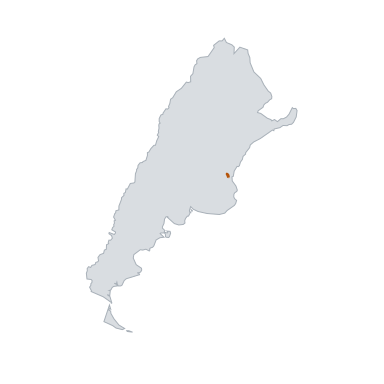 Exaltación de la Cruz, Buenos Aires, Argentina shown in context, rotated 22°
{"feature_id": "61730980B21567181905347", "entity_name": "Exaltación de la Cruz", "entity_type": "district", "adm_level": 2, "iso_a3": "ARG", "parent_name": "Argentina", "parent_adm1": "Buenos Aires", "projection": "equal_earth", "projection_center": [-59.143, -34.313], "detail": "fine", "context": "in_parent", "style": "filled", "palette": "amber", "viewbox_px": 384, "rotation_deg": 22, "n_neighbors": 0, "source": "geoboundaries", "source_scale": "gbopen_adm2", "svg_char_len": 4241}
<svg xmlns="http://www.w3.org/2000/svg" viewBox="0 0 384 384"><g transform="rotate(22 192 192)"><path d="M230.4,122.6L228.4,126.6L228.8,129.3L227.0,135.5L227.5,136.8L226.0,139.8L226.5,143.0L225.7,146.1L226.1,149.9L225.5,151.1L224.2,151.4L223.3,156.8L224.4,162.0L223.4,163.0L225.2,166.7L230.5,170.0L233.3,173.3L233.3,174.7L231.9,176.7L231.7,178.4L232.5,180.8L233.9,182.2L236.5,183.1L236.8,186.4L236.3,188.6L231.5,196.0L230.3,199.3L225.8,202.6L214.0,206.3L204.9,207.8L199.7,207.5L196.2,206.0L196.5,210.1L198.2,211.4L197.4,211.4L198.1,212.2L197.8,215.6L196.7,216.2L195.9,219.0L196.0,221.4L197.1,223.4L196.0,225.4L192.1,227.5L187.5,227.9L178.7,224.7L179.1,224.2L178.6,224.0L177.2,224.6L176.7,227.4L177.8,231.7L177.6,235.3L178.1,236.6L181.3,237.9L181.1,239.4L182.2,239.6L184.4,239.2L184.6,238.0L183.4,237.6L186.4,236.7L187.6,238.2L187.8,242.0L187.3,243.0L185.0,243.6L184.3,243.5L182.9,240.8L181.7,240.3L178.4,241.7L178.0,242.5L183.0,244.4L179.4,246.4L176.7,249.9L176.8,256.2L176.2,258.0L174.3,259.6L174.0,260.8L174.7,261.5L174.5,262.7L170.7,262.3L168.1,264.3L165.7,264.9L161.5,271.9L162.3,275.3L167.5,280.3L173.7,281.6L174.6,283.2L174.4,285.1L173.7,286.3L171.5,287.4L173.4,287.4L174.3,288.3L163.6,297.0L162.3,299.5L162.0,304.6L161.2,305.7L159.0,306.7L157.4,305.6L156.1,303.7L156.2,305.3L154.1,305.8L156.7,305.9L157.9,307.1L154.6,309.0L153.7,310.7L153.5,313.0L152.2,314.4L153.2,314.1L154.5,318.7L151.8,319.0L155.1,319.7L159.2,324.9L158.9,325.3L158.7,324.7L148.9,322.4L135.8,322.1L135.9,321.4L132.7,318.6L133.2,316.6L132.6,314.9L133.1,313.4L132.5,311.5L131.3,310.9L127.2,312.0L124.5,306.9L124.4,304.1L123.5,302.3L124.1,300.0L126.3,299.9L126.7,297.5L129.3,295.6L129.2,293.3L130.8,292.0L131.1,290.8L129.3,287.8L130.2,284.5L133.0,282.0L132.5,278.7L134.0,277.2L132.5,272.9L134.1,271.1L133.2,270.1L133.0,267.8L134.6,267.2L135.5,264.7L133.7,262.5L130.6,261.8L130.4,260.6L135.9,260.5L136.4,258.7L136.0,257.7L131.8,257.1L131.7,254.7L132.5,253.1L131.6,251.5L131.8,250.0L130.6,247.9L131.6,246.9L128.7,244.6L128.5,240.9L129.0,239.9L128.5,237.9L130.9,236.0L129.5,232.4L129.4,225.5L128.8,223.6L130.2,220.7L129.3,218.8L130.4,217.4L129.7,213.8L131.0,213.5L131.6,207.2L134.7,205.4L135.3,204.1L132.7,196.2L132.7,193.2L132.2,191.8L132.7,190.0L132.0,187.5L132.9,184.4L135.0,183.2L135.2,182.1L137.4,180.0L137.0,174.8L135.9,172.2L137.0,171.2L137.6,167.2L139.2,163.0L140.6,162.3L140.1,157.5L140.4,153.1L138.5,152.3L138.8,149.2L138.1,148.5L137.5,145.2L136.1,142.3L136.0,140.9L136.7,140.1L135.2,139.0L134.1,136.3L134.2,133.8L134.4,132.1L135.9,130.9L135.6,129.7L136.7,124.6L138.3,124.3L139.1,122.5L138.2,121.5L138.3,118.4L137.4,114.0L138.8,111.8L139.9,104.9L143.3,99.9L145.6,92.2L147.5,92.0L149.5,90.3L147.3,85.2L148.5,82.0L147.0,75.2L147.3,72.7L148.5,71.2L147.1,68.6L147.4,66.5L149.3,64.1L156.1,60.4L158.5,49.8L157.1,47.9L160.6,41.7L163.3,40.6L164.4,37.4L167.9,40.5L173.9,40.6L176.9,41.8L179.1,48.0L182.1,39.8L190.4,39.4L192.1,42.5L195.3,45.8L197.5,50.4L204.4,57.5L213.2,61.0L218.6,65.8L224.9,69.9L227.9,70.8L230.3,73.6L230.9,75.7L229.5,77.4L228.4,80.5L226.8,82.3L226.0,84.3L226.1,86.9L222.9,91.9L223.0,93.8L226.3,93.4L234.3,95.4L238.1,95.3L239.3,96.2L241.4,93.9L244.8,94.8L247.0,90.7L249.2,89.9L251.6,87.1L252.8,83.6L253.4,76.2L254.7,76.7L256.9,75.6L258.9,77.1L260.5,83.4L260.0,89.4L259.0,91.8L256.6,93.2L255.3,94.9L251.5,96.2L249.4,99.4L244.6,102.8L244.9,104.5L243.4,104.4L235.4,116.7L230.4,122.6ZM158.9,345.2L157.8,327.7L160.5,331.1L159.3,330.9L159.0,332.6L161.2,332.9L162.3,335.0L167.1,338.8L174.0,342.7L180.7,343.8L179.0,345.7L172.5,346.6L168.5,345.6L158.9,345.2ZM183.4,345.0L185.4,344.3L189.4,344.2L184.2,345.6L183.4,345.0ZM199.3,209.1L199.2,210.0L197.9,208.7L199.3,209.1Z" fill="#d9dde1" stroke="#a8b0b8" stroke-width="1"/><path d="M217.2,162.4L217.4,162.5L217.8,162.7L217.8,162.8L217.7,162.9L217.9,163.1L218.0,163.1L218.3,163.5L218.6,163.7L219.0,164.2L219.3,164.6L219.4,164.4L219.6,164.2L219.8,164.0L220.0,163.8L220.0,163.7L220.5,164.1L220.5,163.9L220.5,163.7L220.4,163.6L220.3,163.4L220.1,163.2L219.9,163.0L219.9,162.9L219.7,162.7L219.5,162.4L219.4,162.3L219.2,162.2L218.6,161.9L218.4,161.9L218.2,161.8L218.1,161.7L217.7,161.7L217.5,161.8L217.4,161.8L217.4,162.0L217.2,162.1L217.2,162.3L217.2,162.4Z" fill="#f59e0b" stroke="#b45309" stroke-width="1.5"/></g></svg>